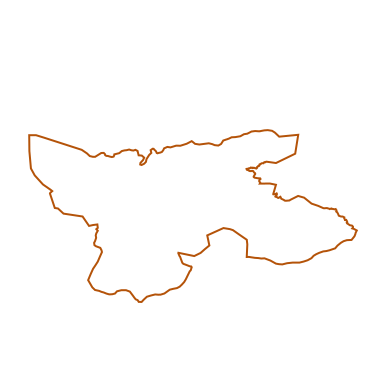 the district of Rafi, Niger, Nigeria, rotated 76°
{"feature_id": "59680162B49809531314946", "entity_name": "Rafi", "entity_type": "district", "adm_level": 2, "iso_a3": "NGA", "parent_name": "Nigeria", "parent_adm1": "Niger", "projection": "equal_earth", "projection_center": [6.279, 10.195], "detail": "fine", "context": "isolated", "style": "outline", "palette": "amber", "viewbox_px": 384, "rotation_deg": 76, "n_neighbors": 0, "source": "geoboundaries", "source_scale": "gbopen_adm2", "svg_char_len": 5687}
<svg xmlns="http://www.w3.org/2000/svg" viewBox="0 0 384 384"><g transform="rotate(76 192 192)"><path d="M162.2,75.1L159.4,94.0L154.4,97.2L152.0,99.5L150.3,103.5L149.7,106.9L149.5,110.1L149.5,110.7L149.5,111.1L149.4,111.3L149.4,112.1L149.1,112.9L149.1,113.0L149.0,113.3L148.7,114.2L148.2,115.8L148.0,116.9L148.0,117.2L147.9,117.9L147.9,118.2L147.9,118.3L147.7,119.6L148.1,121.3L148.2,121.6L148.4,122.5L148.5,123.0L148.8,124.2L148.5,127.6L149.6,131.6L149.2,136.8L148.5,140.3L149.2,143.7L149.2,144.4L149.3,144.8L149.4,146.8L149.5,147.5L149.6,149.2L152.4,152.1L153.3,155.2L152.0,158.7L150.5,160.7L148.8,163.9L147.7,173.4L146.0,177.4L144.1,178.8L142.6,180.0L143.9,185.5L144.3,192.1L143.2,196.1L143.5,202.1L142.3,205.0L142.9,208.5L144.5,209.8L145.9,211.6L146.1,213.6L146.0,214.5L146.1,216.1L145.6,216.8L144.2,217.0L143.0,217.5L142.1,218.2L140.8,218.8L140.5,219.7L141.4,222.0L144.2,222.0L145.7,224.6L149.1,228.2L151.6,229.4L153.0,231.6L153.6,234.4L152.8,235.6L151.3,235.0L149.1,231.7L147.1,230.1L144.5,231.9L143.5,234.9L139.0,234.9L137.4,236.7L137.6,238.8L136.9,240.6L135.6,242.7L135.6,245.4L135.3,247.5L135.3,250.2L136.7,253.2L136.7,258.3L137.6,258.6L138.7,259.5L138.7,261.3L137.8,263.1L136.7,264.9L136.2,266.4L135.3,267.3L134.2,267.3L132.7,268.2L132.2,270.6L134.4,277.4L133.8,279.8L132.4,282.5L129.1,284.6L124.4,288.8L103.5,322.4L99.2,329.5L97.5,336.2L113.0,339.9L130.2,342.6L137.8,340.6L148.6,334.8L156.2,328.2L157.3,327.4L158.5,329.7L158.7,329.9L159.1,330.2L174.3,329.0L175.6,326.0L181.9,321.9L189.3,304.1L200.0,300.1L200.1,296.0L200.6,291.7L204.0,292.1L204.9,293.8L206.8,292.8L209.0,294.9L210.8,295.9L213.3,296.1L216.1,297.9L217.7,299.3L220.0,299.5L221.4,298.3L224.0,294.5L226.6,293.9L228.5,293.9L232.6,297.1L236.8,300.3L240.0,303.7L242.6,306.6L247.3,310.3L252.4,314.1L257.6,312.6L260.4,311.8L263.6,309.8L265.5,306.0L267.0,304.0L268.1,302.0L269.8,299.7L271.3,297.1L271.9,294.2L271.9,291.3L270.2,288.8L270.2,284.4L271.3,279.8L273.6,276.4L278.3,274.4L280.6,273.5L282.5,272.6L283.8,270.9L285.7,270.3L286.5,267.5L284.8,264.9L282.7,261.1L282.5,256.8L282.5,252.5L283.5,249.6L284.0,247.3L283.8,243.3L281.4,237.2L281.4,233.8L281.6,229.8L280.8,226.6L280.3,225.9L280.1,225.5L279.8,224.9L279.3,224.1L277.5,221.4L275.2,219.1L268.4,213.4L267.7,212.2L264.9,210.5L264.1,210.8L264.1,211.0L263.9,211.5L263.7,211.7L263.6,211.9L263.3,212.5L262.0,214.3L260.4,216.6L260.1,217.1L259.9,217.4L259.7,217.6L259.5,217.8L259.3,218.0L259.1,218.1L258.9,218.3L258.6,218.4L258.4,218.4L257.9,218.6L257.6,218.6L257.1,218.7L256.9,218.7L255.7,218.8L254.2,219.0L251.9,219.2L251.5,219.5L251.0,219.6L250.0,219.8L248.6,220.0L248.1,220.1L247.7,219.9L254.7,205.3L253.2,198.4L250.6,193.4L248.1,188.1L237.8,187.7L234.6,170.2L237.2,164.2L238.9,161.5L244.8,156.4L251.6,150.4L256.2,151.0L268.3,154.6L268.8,152.4L271.1,146.9L272.2,143.5L273.3,140.9L273.9,137.7L277.5,132.5L281.8,127.9L283.1,125.0L284.1,121.9L284.1,117.0L284.9,111.1L286.5,104.7L286.5,100.5L286.2,96.3L285.1,92.1L283.3,89.4L282.4,86.5L281.8,83.3L281.4,79.0L281.8,75.9L281.8,72.7L281.3,66.7L279.2,63.8L277.3,59.8L276.4,56.8L276.2,53.4L277.1,48.8L274.3,45.1L272.4,43.7L271.2,43.1L269.2,41.4L268.1,42.6L267.0,43.8L266.1,45.3L265.4,44.4L264.5,44.2L263.3,44.9L262.4,46.9L260.9,48.2L260.0,49.1L259.3,49.3L258.9,48.6L257.4,48.8L256.4,49.1L256.4,50.0L256.2,50.4L255.1,50.4L254.3,50.7L253.5,50.3L252.9,51.0L252.3,51.7L251.9,53.2L251.2,54.3L250.5,55.3L248.9,55.5L247.6,55.8L247.3,55.9L246.8,56.0L246.7,56.0L246.3,56.6L245.7,56.8L244.7,56.2L243.5,56.8L243.3,56.8L243.3,58.0L242.8,58.7L242.7,59.3L242.3,59.8L242.1,60.7L241.7,60.9L241.9,62.5L241.3,63.1L241.1,63.4L241.0,63.7L240.8,64.1L240.4,64.6L240.2,65.2L240.1,65.6L240.0,66.2L239.8,67.5L239.5,68.4L236.0,72.9L232.2,78.8L224.6,84.6L221.5,90.0L223.4,98.5L223.8,99.5L223.6,100.6L223.4,101.9L223.2,103.1L222.9,103.8L222.8,104.1L222.4,104.5L222.0,104.7L220.3,106.8L220.1,107.0L219.9,107.0L218.4,107.3L218.0,107.4L218.1,107.9L218.2,108.2L218.5,108.8L218.7,109.5L218.6,109.8L218.4,110.1L218.2,110.3L217.8,110.5L217.6,110.7L217.2,111.4L216.7,112.2L216.4,112.2L216.2,111.8L216.0,111.5L215.6,110.8L215.2,110.4L214.6,110.1L214.4,110.1L214.1,110.1L213.8,110.2L213.9,110.6L214.1,110.9L214.1,111.4L214.1,112.1L214.0,112.7L214.0,112.9L214.0,113.5L213.9,113.7L213.7,113.7L205.3,108.8L202.6,114.4L200.3,124.1L199.9,123.7L199.3,123.5L198.3,124.1L197.8,124.2L197.2,124.0L196.7,123.7L196.0,122.4L195.7,122.4L195.3,122.5L194.5,125.0L193.9,126.3L193.3,127.7L192.7,128.3L192.4,128.5L192.1,128.5L191.7,128.2L191.2,127.7L190.6,127.2L190.0,126.4L189.4,126.2L188.9,126.3L188.5,126.8L187.4,127.3L186.6,127.5L186.2,128.1L185.9,129.4L186.0,129.7L185.7,130.8L185.0,131.7L184.4,132.2L183.8,133.3L183.4,133.5L182.8,133.5L182.8,133.0L182.9,132.3L183.0,132.3L183.1,131.2L182.8,130.8L182.7,130.7L182.9,130.3L182.9,129.8L182.8,129.5L182.8,129.2L182.7,129.0L182.6,128.9L182.8,128.7L182.9,128.3L182.9,128.2L183.1,128.1L183.3,127.8L183.2,127.5L183.1,127.4L183.1,127.1L183.4,127.0L183.5,126.9L183.5,126.7L183.6,126.0L183.7,125.5L183.8,125.4L184.2,125.0L184.3,124.5L184.5,124.2L184.8,124.0L184.8,123.8L184.7,123.6L184.4,123.4L184.4,123.2L184.2,122.9L183.8,122.9L183.6,122.9L183.4,122.6L183.3,122.3L183.0,121.9L182.8,121.4L182.9,121.2L183.0,120.9L182.9,120.7L182.7,120.3L182.5,120.2L182.2,120.1L181.9,120.0L182.0,119.7L181.9,119.5L181.6,119.1L181.4,119.1L181.3,118.7L181.2,118.3L181.2,118.2L181.3,118.0L181.1,117.6L181.0,117.4L181.0,117.1L181.1,116.7L181.2,116.3L181.3,116.0L181.4,115.7L181.1,115.4L180.9,115.3L180.8,115.2L180.8,114.9L180.8,114.7L180.7,114.6L180.7,114.4L180.6,114.2L180.8,113.9L180.9,113.7L180.8,113.4L180.7,113.4L180.6,113.1L180.6,112.9L180.6,112.7L180.6,112.4L184.2,103.5L179.8,82.6L162.2,75.1Z" fill="none" stroke="#b45309" stroke-width="2"/></g></svg>